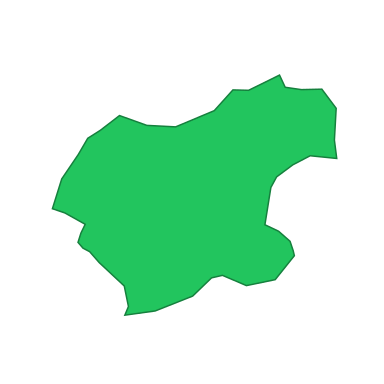 outline of Karabük, rotated 17°
{"feature_id": "TUR-5520", "entity_name": "Karabük", "entity_type": "Province", "adm_level": 1, "iso_a3": "TUR", "parent_name": "Turkey", "parent_adm1": "", "projection": "equal_earth", "projection_center": [32.657, 41.183], "detail": "fine", "context": "isolated", "style": "filled", "palette": "green", "viewbox_px": 384, "rotation_deg": 17, "n_neighbors": 0, "source": "natural_earth", "source_scale": "10m", "svg_char_len": 682}
<svg xmlns="http://www.w3.org/2000/svg" viewBox="0 0 384 384"><g transform="rotate(17 192 192)"><path d="M163.8,329.4L164.7,320.1L154.7,301.7L124.0,286.7L111.6,279.0L104.2,277.6L97.7,273.5L97.8,263.8L99.3,254.1L76.5,249.2L63.4,248.8L63.6,217.6L72.3,189.4L76.6,171.1L86.3,159.8L100.3,140.1L129.3,141.5L157.3,134.5L189.5,107.7L201.3,82.4L216.4,78.2L241.5,54.6L250.5,64.6L266.7,62.1L286.1,55.7L305.4,69.8L313.0,100.7L320.6,117.6L294.4,122.8L280.5,136.5L268.5,152.8L266.1,164.6L271.3,202.0L286.3,204.2L300.2,210.5L305.9,218.5L308.5,223.0L297.2,251.5L271.4,265.6L245.5,262.8L235.8,268.4L223.1,291.3L191.6,316.5L163.8,329.4Z" fill="#22c55e" stroke="#15803d" stroke-width="1.5"/></g></svg>